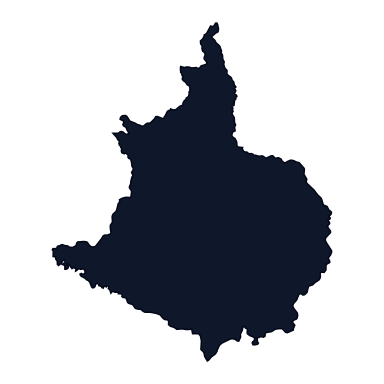 the district of Presidente Olegário, Minas Gerais, Brazil
{"feature_id": "56859067B97776867728690", "entity_name": "Presidente Olegário", "entity_type": "district", "adm_level": 2, "iso_a3": "BRA", "parent_name": "Brazil", "parent_adm1": "Minas Gerais", "projection": "albers", "projection_center": [-46.371, -18.162], "detail": "fine", "context": "isolated", "style": "filled", "palette": "ink", "viewbox_px": 384, "rotation_deg": 0, "n_neighbors": 0, "source": "geoboundaries", "source_scale": "gbopen_adm2", "svg_char_len": 5962}
<svg xmlns="http://www.w3.org/2000/svg" viewBox="0 0 384 384"><path d="M210.6,26.0L206.5,33.6L204.2,35.0L204.1,36.3L202.6,39.0L200.4,41.0L200.7,44.1L201.7,45.1L202.2,46.6L201.9,48.3L202.6,51.1L204.6,52.7L205.1,54.1L204.9,55.7L204.1,57.5L204.2,59.0L206.7,62.1L206.7,63.9L205.2,64.7L201.2,65.8L199.4,68.3L197.4,68.2L196.3,67.5L191.8,68.0L189.2,67.1L186.4,66.9L185.2,67.5L184.0,67.4L180.7,66.5L180.4,68.0L180.7,72.4L181.9,73.8L181.9,75.2L183.0,76.4L182.2,78.9L183.1,80.5L185.5,82.2L187.2,84.8L189.1,85.7L189.9,87.7L189.9,91.3L189.0,91.9L189.2,93.3L188.6,96.5L186.2,98.1L185.9,99.4L184.2,100.8L182.9,103.3L183.0,105.0L179.6,106.4L175.6,109.8L173.1,109.9L170.6,108.9L170.1,110.3L168.8,110.5L167.4,111.3L165.3,115.6L164.3,116.8L163.9,118.2L162.7,118.6L157.5,116.5L155.8,116.6L154.4,118.9L151.0,122.3L149.5,123.3L148.0,123.1L146.4,123.6L143.5,126.1L141.5,126.1L139.9,125.2L136.9,124.4L135.7,123.4L129.9,121.1L127.0,116.5L125.6,115.5L122.5,115.7L121.2,116.6L120.3,118.1L120.1,119.3L123.3,120.9L123.8,122.3L122.9,124.5L123.4,125.8L126.3,127.5L126.6,129.2L128.7,132.7L128.2,133.9L126.7,134.3L125.2,134.0L123.3,132.2L121.7,131.5L120.1,131.8L119.0,132.8L117.8,133.3L113.0,133.3L116.4,137.1L118.2,140.2L119.4,140.8L118.9,143.5L119.4,145.1L120.4,145.9L120.7,147.2L121.8,148.8L121.3,150.8L121.8,152.7L124.4,153.8L125.2,153.1L126.4,153.5L128.2,155.3L127.9,157.0L128.7,158.4L130.3,158.8L131.2,160.7L132.1,166.6L133.0,167.8L133.2,169.3L133.0,170.4L132.1,171.3L131.6,172.7L132.5,174.3L133.1,176.5L131.9,177.0L130.7,182.0L130.7,183.8L129.4,186.7L129.5,188.0L131.2,190.4L131.6,191.8L130.8,197.5L125.7,197.3L121.8,198.4L119.5,199.7L119.7,201.0L119.5,202.1L118.2,203.7L116.7,210.0L115.9,211.5L113.1,214.1L112.4,215.5L112.1,217.0L112.5,221.8L110.3,225.5L110.3,228.2L111.0,232.8L110.5,233.8L107.5,235.1L104.6,235.1L103.2,235.9L101.5,238.7L97.0,244.5L95.9,245.9L94.7,246.7L92.5,247.0L90.9,246.5L89.6,245.5L87.2,242.2L85.8,241.7L83.5,241.5L77.5,242.0L76.6,243.3L76.2,245.5L72.6,247.5L69.0,247.1L68.2,246.2L66.9,245.7L65.5,245.8L62.2,244.6L61.0,244.9L59.9,245.9L58.5,245.9L57.4,246.4L56.9,247.8L56.1,248.6L53.0,248.6L52.3,249.7L53.3,251.1L53.1,256.5L55.4,256.9L55.9,259.4L57.2,260.8L57.4,264.4L58.6,265.5L61.4,263.2L62.8,260.6L64.1,260.2L65.2,261.6L64.9,262.8L63.4,263.4L62.3,264.5L64.5,265.3L64.9,266.4L64.8,269.2L65.9,269.3L67.2,268.8L68.1,268.0L68.3,266.1L67.1,265.5L66.9,264.0L68.6,264.3L72.0,268.6L73.6,267.6L75.0,268.2L75.9,269.1L75.6,271.1L77.0,270.3L78.0,269.0L79.6,268.9L81.0,269.4L83.6,268.7L85.0,271.2L85.0,273.0L83.8,274.1L82.5,274.3L81.4,273.4L80.0,274.1L80.5,275.5L81.6,276.5L84.7,278.0L87.0,280.1L88.2,280.4L89.9,282.4L91.6,287.0L92.7,287.9L94.2,287.5L95.1,286.3L95.7,284.0L97.4,283.5L98.8,284.3L98.8,285.6L101.2,286.3L101.9,287.5L103.1,288.2L103.8,286.6L105.0,286.3L106.3,286.9L106.7,285.9L108.2,286.0L108.8,287.0L108.3,288.5L109.9,290.0L110.9,293.2L111.9,291.9L113.5,291.2L114.5,292.2L118.4,292.3L118.3,293.7L121.3,293.9L122.5,294.7L121.8,296.3L122.8,297.4L125.7,297.8L126.6,299.3L127.6,302.4L128.7,303.3L132.7,304.6L135.4,308.4L137.8,309.1L140.8,309.3L143.1,311.3L144.8,312.2L150.6,312.3L156.3,313.4L160.1,314.8L162.7,318.0L163.9,319.0L165.0,319.6L167.5,319.8L168.3,320.7L168.7,321.9L168.5,324.4L169.4,325.5L170.6,326.3L174.2,327.4L176.7,329.3L182.1,328.9L187.0,329.6L191.7,329.2L192.6,333.7L198.1,333.7L199.2,334.4L200.4,335.9L201.4,340.9L200.9,349.5L203.0,351.5L204.0,352.9L204.7,356.5L207.3,361.0L208.8,360.0L211.3,357.0L215.4,353.9L217.0,351.3L217.2,350.1L219.5,345.2L222.1,343.0L230.4,339.0L232.1,338.7L235.0,339.3L237.2,340.9L238.7,341.2L240.6,337.2L240.4,334.1L242.3,330.3L242.9,326.5L244.7,327.1L245.6,328.2L246.9,328.6L247.5,330.0L247.1,331.9L247.4,333.8L249.8,335.6L254.3,337.4L254.6,339.3L254.0,340.9L252.7,341.7L252.2,343.0L252.9,344.7L254.6,344.9L257.7,344.2L258.4,343.0L257.5,341.7L257.1,337.9L259.3,337.4L260.5,336.5L263.5,337.2L265.0,336.2L265.2,333.5L266.1,332.6L271.6,331.6L275.3,329.2L278.3,328.7L282.2,328.6L285.6,332.3L287.4,332.7L293.3,330.1L293.4,328.6L294.8,325.2L292.6,322.5L292.9,321.0L293.8,320.1L296.2,319.2L297.0,318.4L297.7,315.6L297.3,313.0L293.7,308.2L292.9,306.7L293.0,304.9L293.5,303.6L296.7,299.9L298.9,294.4L300.0,293.7L301.5,293.9L302.7,295.0L304.1,294.9L305.2,294.2L307.0,292.4L308.3,286.9L309.3,285.9L312.6,284.9L314.7,282.8L319.1,279.8L320.1,278.1L320.4,276.0L320.2,273.3L320.8,272.2L324.2,272.4L325.9,270.0L326.0,265.4L326.6,264.3L329.7,262.5L329.7,261.1L328.5,258.9L328.5,257.7L330.6,254.8L331.7,252.0L331.5,250.6L326.4,242.7L325.2,240.1L325.7,237.8L330.5,232.6L330.5,231.1L327.6,226.9L328.1,225.3L329.6,223.7L329.4,222.2L327.7,220.4L329.7,219.2L330.3,218.1L329.4,217.0L329.0,215.9L330.4,215.0L331.3,213.7L331.4,212.0L328.8,209.9L327.1,206.5L323.3,204.9L321.7,199.4L320.8,197.8L317.6,194.8L313.9,189.9L306.8,183.2L306.2,181.6L306.8,179.2L303.9,174.1L304.4,169.8L304.2,168.4L299.2,162.7L296.1,161.9L293.7,160.6L290.7,160.1L287.6,161.4L285.4,162.8L284.3,162.7L282.3,161.2L281.0,159.0L278.5,157.7L275.7,158.2L274.3,157.7L273.7,156.5L272.7,155.8L271.2,155.8L266.1,158.2L262.5,155.9L258.7,156.2L255.4,155.2L253.9,155.2L252.8,154.1L251.5,153.6L248.7,153.6L246.8,152.0L245.0,152.0L243.7,151.4L242.3,148.8L242.6,147.5L238.3,147.1L237.4,146.4L236.9,145.4L236.7,142.0L235.7,139.8L234.9,138.4L233.1,137.4L231.7,135.4L232.5,132.2L235.2,130.8L234.5,127.5L235.6,124.8L234.5,122.5L234.3,117.7L232.6,114.9L231.9,113.0L233.1,111.5L232.5,109.7L232.9,108.1L231.9,107.1L232.3,106.1L234.0,105.4L234.6,100.2L235.8,99.0L235.9,97.3L236.9,96.3L236.3,95.0L234.6,94.1L234.5,92.7L235.4,91.9L235.8,90.6L234.4,88.3L235.9,87.0L234.2,84.7L233.8,82.1L232.1,80.2L231.6,78.4L230.9,77.3L227.4,74.7L226.8,73.1L227.1,70.7L226.3,69.5L225.0,68.5L223.7,64.5L224.2,61.9L222.8,59.2L222.5,55.2L222.0,54.0L220.5,53.9L221.3,52.3L221.5,51.1L220.0,46.8L219.3,45.6L216.2,42.9L214.8,40.3L211.6,37.3L212.4,35.9L215.8,33.0L217.7,32.1L218.3,30.9L218.5,28.5L217.5,24.1L216.8,23.0L215.5,23.2L214.0,25.8L212.4,26.6L210.6,26.0Z" fill="#0f172a" stroke="#020617" stroke-width="1.5"/></svg>